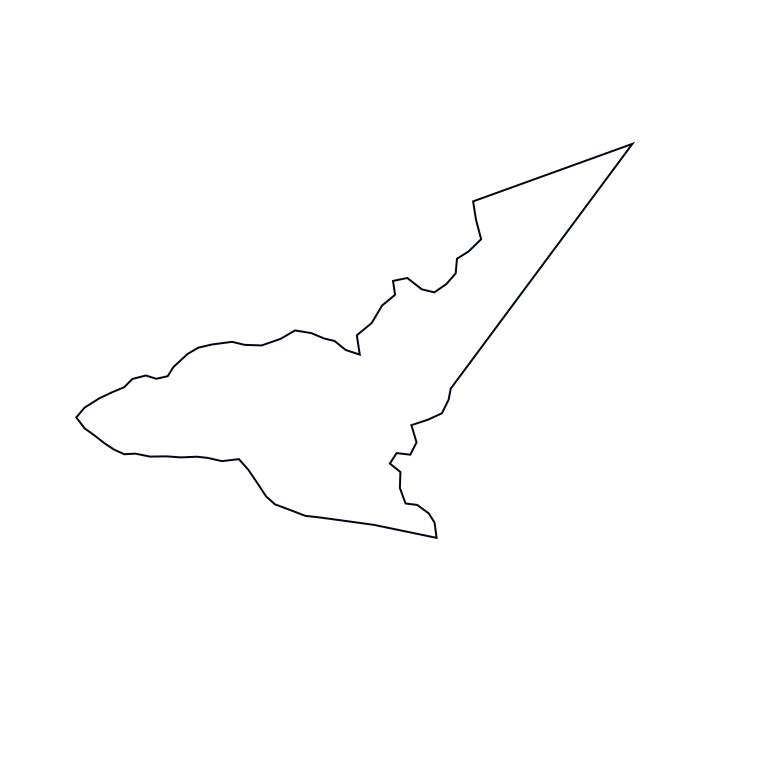 Caldas Brandão, Paraíba, Brazil (orthographic projection), rotated 74°
{"feature_id": "56859067B83416177856434", "entity_name": "Caldas Brandão", "entity_type": "district", "adm_level": 2, "iso_a3": "BRA", "parent_name": "Brazil", "parent_adm1": "Paraíba", "projection": "orthographic", "projection_center": [-35.337, -7.114], "detail": "fine", "context": "isolated", "style": "outline", "palette": "ink", "viewbox_px": 768, "rotation_deg": 74, "n_neighbors": 0, "source": "geoboundaries", "source_scale": "gbopen_adm2", "svg_char_len": 1112}
<svg xmlns="http://www.w3.org/2000/svg" viewBox="0 0 768 768"><g transform="rotate(74 384 384)"><path d="M546.4,375.9L531.3,373.6L520.8,376.6L509.4,385.4L504.8,396.2L488.4,397.4L473.1,392.5L462.1,400.3L453.9,390.9L459.2,378.2L449.1,368.8L431.1,369.0L430.4,351.3L428.1,336.4L416.9,326.2L406.9,321.2L262.7,132.7L221.6,79.0L233.0,248.0L251.5,250.3L271.6,250.7L279.9,266.2L283.7,279.3L297.4,284.6L305.0,296.3L309.8,310.3L303.4,321.6L288.5,332.4L287.4,346.9L301.3,348.8L308.0,364.2L321.9,378.9L329.7,396.7L349.1,399.2L340.8,411.4L329.0,419.7L323.7,429.1L315.0,439.9L308.0,454.7L312.1,471.0L313.2,491.0L308.0,507.1L301.6,518.4L298.6,538.4L297.9,552.5L300.9,564.4L309.6,581.7L316.9,589.8L316.2,601.5L310.2,610.5L309.8,624.5L315.5,634.7L316.9,647.1L319.2,661.3L324.2,678.4L331.3,689.0L344.3,683.9L353.6,676.5L364.1,668.9L372.4,661.8L379.9,653.1L382.4,642.2L389.3,628.9L393.6,613.0L398.6,599.4L402.3,584.0L406.4,573.9L413.5,561.0L416.2,544.2L429.2,538.0L446.1,532.5L459.6,528.3L469.7,521.9L476.3,512.9L489.1,495.9L493.9,484.1L503.7,461.8L516.5,432.8L546.4,375.9Z" fill="none" stroke="#020617" stroke-width="2"/></g></svg>